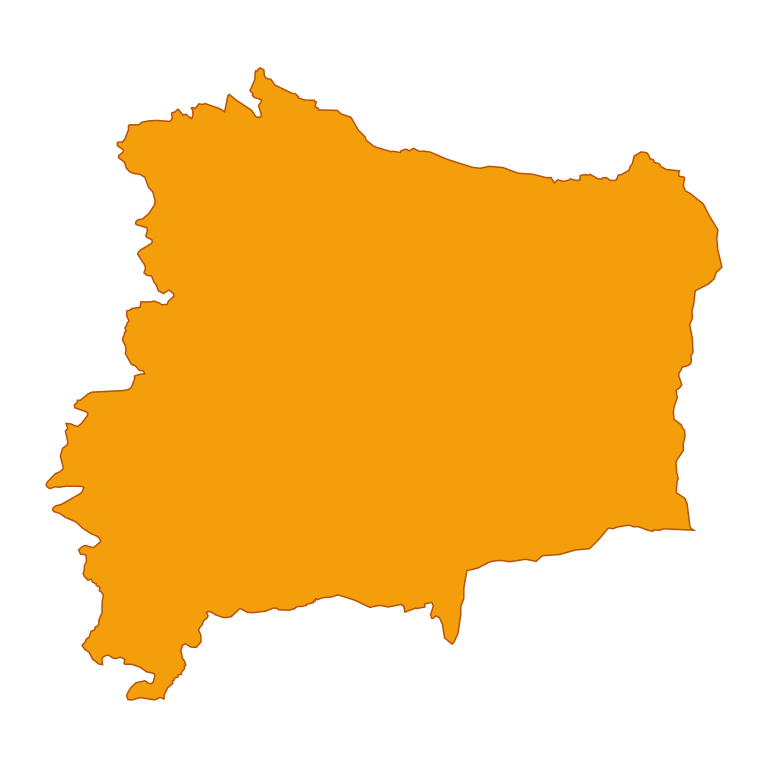 Phichai, Uttaradit, Thailand
{"feature_id": "78962969B15647652968597", "entity_name": "Phichai", "entity_type": "district", "adm_level": 2, "iso_a3": "THA", "parent_name": "Thailand", "parent_adm1": "Uttaradit", "projection": "albers", "projection_center": [100.068, 17.291], "detail": "fine", "context": "isolated", "style": "filled", "palette": "amber", "viewbox_px": 768, "rotation_deg": 0, "n_neighbors": 0, "source": "geoboundaries", "source_scale": "gbopen_adm2", "svg_char_len": 6026}
<svg xmlns="http://www.w3.org/2000/svg" viewBox="0 0 768 768"><path d="M641.2,151.9L634.2,156.0L632.3,163.7L630.1,166.6L629.1,170.2L621.3,174.6L618.2,175.1L616.7,179.4L615.6,180.3L610.6,180.5L606.2,177.6L603.2,177.7L600.8,179.1L597.5,178.6L590.2,174.3L587.3,175.5L586.1,174.5L581.1,175.2L580.2,175.6L579.9,180.0L576.1,180.4L570.1,178.9L569.1,180.0L563.5,181.4L557.7,179.8L554.3,182.8L551.0,177.5L546.3,177.7L532.7,174.2L518.0,173.2L503.1,167.6L489.1,166.3L480.2,168.3L472.3,167.3L446.8,159.2L430.3,152.1L423.5,151.1L419.5,151.4L413.4,148.3L409.3,150.9L406.3,149.2L404.4,149.5L401.0,150.9L400.3,152.5L393.1,151.3L390.4,151.5L374.2,146.6L366.0,140.0L364.9,136.6L358.5,130.4L351.0,117.3L341.1,114.0L337.3,110.4L318.6,109.9L318.1,108.0L315.1,107.0L316.3,101.9L314.7,101.4L314.3,100.2L306.4,100.2L301.2,99.0L298.2,97.7L298.3,96.5L295.5,93.9L291.6,93.1L275.1,85.2L270.9,79.3L267.4,78.7L265.2,77.1L264.3,75.2L263.9,69.9L260.3,68.0L258.6,68.6L257.3,70.9L255.8,70.6L254.9,74.4L255.0,79.2L250.0,90.7L252.9,93.7L252.3,95.2L254.0,97.3L261.6,99.9L261.4,101.4L258.5,105.6L261.2,114.1L261.1,116.3L260.2,117.4L255.9,116.8L251.7,110.4L235.3,99.5L229.3,94.4L228.0,95.4L224.6,111.8L219.9,108.7L204.9,103.5L203.2,104.5L198.8,103.9L195.2,108.4L192.8,107.6L191.3,108.0L192.5,109.9L193.0,114.6L191.8,118.6L187.3,115.7L186.6,114.3L182.7,114.9L178.7,109.7L177.5,109.4L175.2,111.8L171.9,112.9L171.5,115.1L172.3,116.6L171.7,119.4L169.8,121.4L156.7,120.4L148.7,120.9L141.4,122.3L140.5,123.7L138.3,124.8L129.7,124.8L128.5,125.5L128.4,130.1L124.9,138.9L122.5,141.9L117.9,142.2L117.2,143.2L117.4,145.7L122.9,149.5L123.4,150.8L123.1,152.1L118.6,155.6L118.7,157.8L124.6,162.3L126.3,168.1L129.5,171.6L133.5,173.5L139.6,174.2L144.8,177.2L148.7,187.7L152.7,191.7L155.1,200.6L154.8,204.5L148.5,213.9L142.3,219.1L137.9,219.8L135.9,221.6L135.7,223.9L136.4,224.6L146.7,227.7L147.5,230.3L145.8,236.0L147.1,237.6L151.7,239.5L152.2,241.9L151.5,243.4L140.4,250.0L138.2,252.5L137.7,254.3L145.0,265.5L145.4,268.6L144.0,272.9L147.1,275.3L151.6,276.1L154.1,282.3L156.6,285.7L158.4,290.8L163.6,293.6L168.3,290.3L169.6,290.3L173.4,293.6L174.1,295.9L168.3,301.3L167.1,304.4L161.7,304.8L159.7,303.2L154.2,301.1L149.9,302.0L140.9,301.8L140.1,307.3L131.4,308.6L131.2,309.6L126.9,311.0L126.5,315.5L129.0,321.0L127.1,323.1L126.6,325.7L124.8,328.0L126.3,330.8L124.7,332.2L124.0,335.8L122.6,338.0L122.9,341.1L125.3,345.5L126.0,350.0L125.4,353.5L131.4,364.4L135.4,365.7L139.2,370.3L143.5,371.1L144.7,373.8L140.1,374.2L134.6,376.0L134.5,379.4L131.1,387.6L128.2,389.6L122.8,390.6L92.1,392.1L88.2,393.8L80.2,400.3L77.5,400.2L77.3,402.4L74.4,404.7L74.9,407.8L86.2,411.8L87.7,413.1L87.7,415.1L81.4,423.6L78.2,426.1L76.6,426.4L70.8,423.9L66.0,423.4L67.7,428.4L65.4,431.0L67.9,442.5L66.7,445.3L62.6,448.3L60.3,456.1L63.1,466.9L63.0,468.9L60.2,471.6L55.3,473.7L47.7,481.6L46.1,484.6L46.9,486.7L49.8,488.6L55.1,486.8L59.2,487.2L66.9,486.1L81.8,486.4L83.7,487.4L82.6,490.8L80.7,493.4L60.9,504.6L55.7,505.8L52.9,508.2L52.7,510.2L53.8,511.5L59.8,513.5L65.3,517.3L76.1,522.0L82.5,528.1L90.6,533.4L97.9,536.7L100.6,540.3L100.3,541.8L94.3,547.1L92.8,547.5L85.1,545.4L82.2,546.7L78.6,549.9L80.4,554.0L85.9,554.9L86.5,561.6L84.4,565.5L84.2,570.5L83.1,573.7L84.2,576.2L87.9,580.2L91.2,579.2L92.6,582.2L95.8,583.6L96.3,585.4L99.9,587.4L99.3,590.8L101.3,592.0L103.3,594.9L102.1,602.7L102.0,612.7L99.0,619.7L98.8,624.3L96.7,626.6L95.3,626.9L94.4,630.1L91.0,631.2L89.2,637.0L86.3,639.1L84.9,642.4L82.2,645.0L82.4,646.1L85.1,649.7L88.9,652.0L92.5,659.1L98.6,663.9L102.6,664.7L101.9,658.7L103.5,656.7L106.0,655.5L108.7,655.3L113.6,658.4L116.4,658.5L120.3,657.1L124.9,659.4L124.0,663.3L124.6,664.2L131.7,664.3L139.8,667.1L146.7,671.9L153.4,673.3L155.0,675.4L153.2,681.9L151.3,683.7L148.5,683.3L145.1,680.8L136.1,682.7L131.1,687.3L128.4,691.4L126.6,695.6L127.9,699.5L131.8,700.0L140.3,697.6L154.7,699.9L160.2,697.4L164.0,699.0L164.4,694.5L167.7,687.7L172.7,683.6L172.4,681.2L174.0,680.3L174.3,678.2L177.9,677.1L178.0,674.8L181.4,674.4L181.5,672.2L184.7,668.3L184.2,666.3L185.8,665.3L184.6,661.3L182.2,657.8L181.4,652.1L180.6,651.1L182.8,644.9L185.5,643.8L190.7,647.0L196.2,647.4L201.0,641.9L200.8,634.9L198.6,630.5L199.5,627.9L202.3,624.6L203.5,621.0L207.5,617.5L208.0,615.5L206.5,612.7L207.5,611.6L211.0,611.9L215.7,614.9L222.9,617.4L225.7,617.6L231.3,616.7L240.0,608.4L247.1,612.2L252.6,612.7L265.4,611.2L273.3,608.1L277.4,608.5L278.5,609.8L290.0,610.2L293.1,608.7L293.8,609.2L296.9,606.7L301.9,606.4L306.5,605.3L306.8,604.2L313.5,602.6L313.5,601.4L315.4,600.8L315.0,599.4L316.0,598.6L317.3,599.7L322.4,597.8L331.7,596.9L338.1,594.9L354.3,600.0L369.9,607.4L377.6,605.6L381.8,605.6L388.1,607.0L401.7,604.3L402.1,605.6L403.7,605.9L404.9,612.1L415.9,608.0L416.3,608.6L424.9,607.0L424.7,603.9L431.7,602.4L433.3,606.0L430.7,614.6L431.6,618.1L432.9,618.5L435.8,615.9L439.2,617.4L442.5,624.4L444.5,637.8L452.0,644.1L453.9,642.2L457.9,633.7L460.7,615.2L460.9,606.1L463.8,598.5L463.8,588.0L466.9,570.7L478.0,568.0L489.5,562.0L494.9,560.8L501.6,560.5L509.7,561.7L525.7,559.3L536.1,561.3L542.3,555.7L559.7,554.5L575.2,550.0L589.5,548.7L598.6,539.6L608.4,528.0L612.9,528.7L617.3,527.0L629.2,525.1L633.6,526.8L638.1,526.6L648.8,530.5L653.1,531.2L654.0,529.8L659.5,530.3L663.6,528.8L693.7,530.2L691.3,528.7L689.9,526.4L687.1,503.5L684.8,498.3L676.3,492.7L677.0,481.9L678.2,478.7L676.7,472.4L676.0,462.8L676.4,460.9L683.5,450.2L683.2,444.2L685.0,436.6L684.6,430.6L682.5,427.9L681.3,424.8L674.1,419.3L673.3,412.1L674.2,406.2L677.3,397.8L676.1,390.6L680.3,387.1L681.8,384.7L678.8,376.1L679.0,373.0L681.3,369.7L682.0,367.2L687.9,365.7L690.7,363.5L691.4,360.1L690.9,356.1L693.0,352.1L692.3,338.3L689.7,324.4L692.4,318.3L692.0,310.9L693.7,304.4L695.2,290.8L708.6,283.9L714.2,278.7L716.1,272.7L721.9,267.1L717.7,249.5L716.8,238.1L717.9,229.9L709.3,215.8L703.2,203.8L689.6,193.1L685.3,190.8L683.3,185.7L684.6,177.9L683.7,177.0L679.1,176.3L678.6,173.7L679.6,170.9L666.1,169.4L660.9,166.5L659.3,163.8L654.5,162.5L653.2,159.6L650.0,158.8L648.7,155.2L646.7,152.7L641.2,151.9Z" fill="#f59e0b" stroke="#b45309" stroke-width="1.5"/></svg>